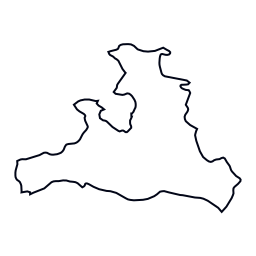 outline of Salzburg
{"feature_id": "AUT-2327", "entity_name": "Salzburg", "entity_type": "State", "adm_level": 1, "iso_a3": "AUT", "parent_name": "Austria", "parent_adm1": "", "projection": "equal_earth", "projection_center": [12.999, 47.494], "detail": "fine", "context": "isolated", "style": "outline", "palette": "ink", "viewbox_px": 256, "rotation_deg": 0, "n_neighbors": 0, "source": "natural_earth", "source_scale": "10m", "svg_char_len": 3323}
<svg xmlns="http://www.w3.org/2000/svg" viewBox="0 0 256 256"><path d="M30.1,194.3L30.1,192.3L27.3,191.4L21.5,192.4L21.6,191.7L21.3,185.8L20.9,184.3L19.9,182.1L19.0,181.2L17.0,179.8L16.3,178.8L15.6,177.2L15.4,175.5L15.4,172.6L15.7,170.3L17.4,164.2L17.2,161.0L20.5,159.5L22.2,159.2L25.9,159.3L39.5,155.1L43.8,152.8L45.5,152.6L47.0,152.8L49.7,154.2L51.3,154.6L53.1,154.7L57.1,154.2L59.4,153.4L61.0,152.7L62.5,151.4L63.7,149.7L64.8,146.9L65.7,145.4L66.4,144.6L67.3,144.3L68.5,144.0L74.4,143.4L75.8,142.9L77.1,142.2L78.1,141.4L79.1,140.4L80.0,139.3L82.5,134.4L83.8,132.6L86.2,130.0L87.0,128.7L87.6,127.6L87.8,126.9L87.6,126.0L85.2,120.8L84.8,119.0L84.6,117.7L85.2,116.5L85.3,115.8L84.9,115.0L83.8,113.9L79.5,111.4L77.0,109.4L73.9,104.7L78.2,101.4L80.5,100.4L84.8,99.5L89.1,99.5L95.9,101.1L97.9,100.8L96.7,103.5L98.6,105.6L101.7,107.4L104.1,109.4L100.8,110.8L99.3,114.4L100.0,118.2L103.0,120.3L104.8,120.6L106.0,121.0L107.0,121.7L112.5,127.0L118.4,130.9L119.7,131.4L120.8,131.0L121.8,130.6L123.0,130.5L124.2,131.1L124.9,131.7L125.6,132.1L126.9,132.1L127.8,131.4L131.2,127.8L131.2,126.6L130.9,125.6L130.5,124.8L130.2,124.0L130.1,123.0L130.1,120.3L130.4,119.9L131.6,117.4L131.7,117.1L131.4,117.2L131.3,113.7L131.7,113.8L133.6,111.6L133.7,111.1L135.1,108.1L135.4,107.7L135.7,105.9L135.7,104.0L135.4,102.0L134.4,99.7L132.1,96.2L130.6,94.7L129.1,93.7L127.2,93.4L124.2,94.6L122.4,94.9L115.6,93.8L113.7,92.0L115.9,89.0L116.7,87.9L116.9,86.9L117.0,85.9L117.2,84.9L117.9,83.7L125.6,72.9L125.1,72.4L122.5,69.0L118.4,60.8L116.4,59.1L115.4,58.7L113.0,56.5L110.1,55.0L109.1,53.8L108.5,52.1L108.4,51.9L110.8,51.1L116.4,49.7L117.9,48.9L118.3,48.2L119.2,45.9L120.7,44.9L122.9,44.3L128.0,44.1L131.0,44.4L134.0,45.9L137.5,49.2L138.1,49.5L138.7,49.7L143.4,51.2L148.0,51.6L155.0,50.9L163.2,47.7L166.9,49.9L168.1,50.5L169.2,51.1L170.2,52.2L170.1,53.4L169.0,54.5L167.3,54.9L165.5,54.8L162.3,54.0L161.4,54.1L160.8,54.5L160.4,55.3L160.0,56.6L159.7,58.4L159.4,62.8L159.5,64.8L159.9,66.8L161.4,72.5L161.9,73.9L163.0,75.2L164.9,76.3L186.8,80.5L189.6,82.7L188.1,84.3L186.2,84.6L181.4,84.8L180.6,85.4L180.4,86.1L181.0,87.3L181.4,87.8L182.0,88.3L183.2,88.9L185.7,89.9L188.7,90.2L189.6,91.6L190.2,93.0L185.8,104.8L187.8,107.8L188.2,109.2L187.8,110.8L187.2,112.0L185.3,114.7L184.6,116.8L184.9,119.1L185.8,121.2L190.1,125.0L197.1,128.9L196.1,131.2L195.3,134.1L195.1,135.3L196.3,140.8L199.9,151.3L203.1,157.0L206.9,160.2L209.0,161.5L210.8,161.9L212.5,161.4L214.2,160.2L216.2,159.5L219.6,159.1L221.4,158.1L223.2,157.6L224.8,158.5L226.8,162.0L229.5,165.7L230.1,167.1L230.5,168.4L231.1,170.1L232.0,171.5L236.1,176.0L239.7,178.3L240.6,179.6L240.4,181.2L238.0,183.9L234.5,186.9L233.5,188.3L233.3,190.3L233.5,193.4L232.9,195.2L231.6,198.2L226.4,206.7L221.7,211.9L218.2,207.8L207.7,200.7L203.4,198.7L200.3,197.9L194.9,197.5L182.7,195.2L180.1,195.0L168.9,192.4L164.1,191.1L161.9,191.3L160.0,191.7L157.0,194.3L154.2,196.2L147.8,198.9L143.0,199.8L133.9,200.3L130.3,199.9L128.0,199.4L126.0,198.4L116.3,192.9L110.4,191.2L106.5,190.9L99.1,189.2L93.5,186.8L88.7,184.1L87.2,183.5L86.1,183.4L85.5,183.7L85.1,184.1L85.0,184.5L84.9,185.0L84.7,185.5L84.3,186.0L83.9,186.4L82.3,187.3L77.6,183.2L75.5,182.2L73.1,181.8L69.9,181.5L66.4,180.5L63.1,180.4L58.9,181.1L56.0,181.1L53.5,181.4L51.5,182.2L44.3,188.4L33.4,192.7L30.1,194.3Z" fill="none" stroke="#020617" stroke-width="2"/></svg>